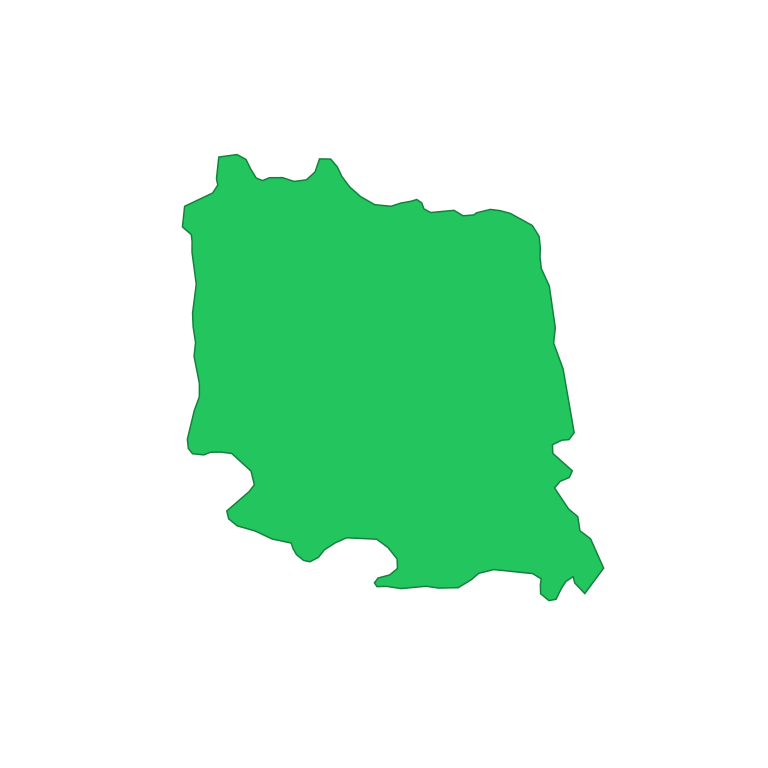 SVG path tracing the border of Ibb, rotated 244°
{"feature_id": "YEM-156", "entity_name": "Ibb", "entity_type": "Governorate", "adm_level": 1, "iso_a3": "YEM", "parent_name": "Yemen", "parent_adm1": "", "projection": "albers", "projection_center": [44.186, 14.073], "detail": "fine", "context": "isolated", "style": "filled", "palette": "green", "viewbox_px": 768, "rotation_deg": 244, "n_neighbors": 0, "source": "natural_earth", "source_scale": "10m", "svg_char_len": 1647}
<svg xmlns="http://www.w3.org/2000/svg" viewBox="0 0 768 768"><g transform="rotate(244 384 384)"><path d="M139.9,439.9L148.4,434.5L169.1,401.3L172.3,386.2L169.8,376.6L168.4,361.4L176.5,343.9L183.8,333.1L192.6,309.7L201.1,297.4L204.9,288.9L209.5,288.2L212.2,293.7L209.9,305.4L212.3,315.2L221.0,319.1L235.2,315.9L247.7,309.4L262.2,282.9L262.6,270.4L261.1,257.8L256.9,249.0L256.7,239.5L260.7,234.4L269.1,230.5L275.9,230.1L281.7,230.9L293.6,215.6L308.4,203.7L320.8,189.9L330.9,185.3L338.8,187.0L346.4,215.6L350.3,223.3L364.0,226.3L388.3,216.7L394.3,207.5L398.7,198.2L399.3,190.9L405.3,181.3L411.8,179.9L420.5,183.0L443.5,202.0L453.4,212.4L465.4,218.3L492.1,225.4L503.9,232.8L519.0,237.5L531.6,243.0L556.0,259.0L586.6,269.2L596.3,274.0L602.7,276.3L613.5,271.7L631.1,282.7L630.8,313.7L635.6,321.8L641.9,323.4L660.4,335.0L654.7,352.4L646.3,358.4L635.9,358.4L625.0,359.5L620.1,364.0L619.6,371.5L614.0,383.2L605.5,392.0L601.5,403.8L604.9,415.1L614.6,424.7L609.5,434.7L599.6,437.2L589.0,437.1L576.3,439.5L562.7,445.1L549.2,454.3L540.7,468.2L539.2,478.5L536.5,488.1L535.4,494.4L530.3,497.3L523.8,496.7L517.6,501.2L509.4,523.1L500.6,528.7L496.6,538.7L497.3,542.1L494.3,556.1L489.1,564.1L482.0,572.3L461.4,586.8L448.5,588.1L437.4,584.0L429.5,579.8L418.8,576.0L399.5,575.5L359.4,562.6L346.4,554.4L319.1,551.6L256.9,533.6L252.9,525.9L255.5,519.3L255.6,508.8L247.6,505.3L223.4,515.2L218.8,509.6L219.3,499.7L215.8,491.7L190.8,495.1L179.8,500.0L166.2,495.8L154.3,501.8L122.2,500.7L107.6,472.6L121.5,468.2L127.9,469.6L126.8,461.0L122.6,454.0L115.1,444.2L117.0,437.3L126.8,432.8L135.0,436.5L139.9,439.9Z" fill="#22c55e" stroke="#15803d" stroke-width="1.5"/></g></svg>